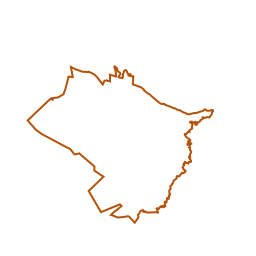 the district of Xilitla, San Luis Potosí, Mexico, rotated 319°
{"feature_id": "50627088B96326519449072", "entity_name": "Xilitla", "entity_type": "district", "adm_level": 2, "iso_a3": "MEX", "parent_name": "Mexico", "parent_adm1": "San Luis Potosí", "projection": "equal_earth", "projection_center": [-98.973, 21.391], "detail": "fine", "context": "isolated", "style": "outline", "palette": "amber", "viewbox_px": 256, "rotation_deg": 319, "n_neighbors": 0, "source": "geoboundaries", "source_scale": "gbopen_adm2", "svg_char_len": 5822}
<svg xmlns="http://www.w3.org/2000/svg" viewBox="0 0 256 256"><g transform="rotate(319 128 128)"><path d="M159.9,187.6L160.3,187.2L160.3,185.7L160.4,185.3L160.5,185.1L161.3,184.4L161.5,183.8L161.3,182.9L161.3,182.6L161.8,182.6L162.3,182.6L162.8,182.4L163.2,181.8L163.4,181.1L163.8,181.0L164.9,181.4L165.4,181.4L165.6,181.1L165.4,180.6L165.2,179.8L165.0,179.7L164.4,179.9L162.3,180.1L162.0,179.9L161.9,179.7L162.2,179.2L162.3,179.1L164.0,179.0L164.2,178.9L164.4,178.6L164.4,177.6L164.7,177.4L165.7,178.2L166.2,178.4L166.6,178.3L166.7,177.9L167.0,177.9L166.7,175.6L166.0,173.1L166.1,172.0L166.6,170.0L166.8,169.8L167.0,169.8L167.6,170.7L168.1,170.9L169.4,170.4L170.3,170.3L170.8,170.5L171.5,171.4L171.8,171.5L172.0,171.3L172.0,170.8L172.5,170.1L173.4,170.1L175.3,170.4L176.2,170.3L176.8,169.5L177.0,168.9L177.7,168.5L178.3,168.1L178.9,168.0L179.3,167.3L179.4,166.9L178.8,165.7L178.5,164.8L178.6,164.4L178.7,164.2L179.0,164.1L179.6,164.4L180.4,165.1L180.9,166.2L180.9,166.6L181.0,166.9L181.6,167.8L181.9,167.9L182.1,167.7L182.3,167.4L182.6,167.3L182.9,167.5L182.9,168.0L182.6,168.8L182.4,169.0L181.6,169.1L181.4,169.3L181.2,169.5L181.4,170.3L181.6,170.4L182.0,170.3L182.2,170.5L182.6,170.5L183.0,170.4L183.9,169.3L184.2,169.2L184.4,169.3L184.8,169.7L186.1,170.3L187.4,169.8L188.0,169.6L188.9,169.8L189.5,170.1L190.3,170.2L190.7,169.8L191.1,169.0L191.7,169.0L192.0,169.5L192.4,170.7L192.8,171.0L195.0,171.7L195.5,172.3L196.1,173.1L196.4,173.4L196.7,173.5L197.5,173.1L198.7,172.9L200.2,172.5L201.5,171.4L201.9,171.2L203.1,171.1L203.6,170.6L203.6,170.2L203.6,169.9L202.9,169.2L202.1,169.1L201.5,168.8L200.3,168.0L198.9,166.7L198.5,164.7L197.8,164.2L196.1,164.3L190.7,162.0L189.2,161.4L187.5,159.9L183.5,158.0L181.8,156.5L181.3,154.6L180.2,152.7L179.3,150.6L178.7,148.4L177.7,147.5L176.9,145.8L176.6,144.5L176.4,144.0L176.2,143.8L175.6,143.2L174.0,139.9L173.9,139.6L173.2,138.5L171.1,134.5L171.3,133.9L171.0,133.3L170.5,133.1L168.8,131.4L168.4,130.4L167.0,122.0L167.0,121.3L166.7,119.7L166.5,117.3L165.4,113.9L165.0,111.8L164.9,110.9L164.7,110.6L165.1,109.6L165.2,108.9L164.4,105.5L163.4,104.0L161.1,99.5L160.7,99.2L160.4,98.0L160.9,97.5L161.4,97.0L162.2,96.6L162.6,96.0L162.6,95.8L163.1,95.3L164.1,94.5L164.6,93.4L165.6,93.0L165.8,92.8L165.9,92.5L165.9,92.3L165.6,92.0L164.9,91.5L164.4,90.7L164.4,90.4L164.7,89.6L165.2,89.3L165.2,89.0L165.1,88.9L164.9,89.0L164.2,89.6L163.9,89.8L163.6,89.8L163.3,89.7L162.9,88.6L162.9,88.4L163.6,87.5L163.7,87.2L163.7,85.9L163.8,85.5L164.3,84.6L164.3,83.0L164.1,82.6L163.8,82.5L162.8,82.4L161.2,83.2L159.6,84.1L158.7,84.8L157.5,86.4L156.8,86.7L156.5,86.7L156.3,86.5L155.6,85.3L154.7,84.5L154.5,84.0L154.5,83.7L154.8,83.2L155.9,82.6L157.5,82.5L157.9,82.1L158.1,81.6L158.2,80.7L157.6,79.3L157.6,79.0L158.1,77.2L158.8,75.9L158.9,75.3L158.9,74.9L158.4,73.6L158.4,72.8L158.1,72.7L157.7,73.0L156.6,75.6L156.0,76.8L152.9,81.4L151.4,79.0L150.0,77.1L149.4,75.9L145.0,81.0L144.7,80.4L143.5,79.1L143.2,78.0L142.7,77.6L142.6,77.2L142.6,77.4L142.4,77.5L142.0,77.3L141.7,77.2L141.3,76.9L139.1,77.7L139.0,77.8L139.0,78.0L137.4,78.6L138.0,69.7L137.8,65.9L136.5,62.3L135.1,59.6L134.7,59.7L130.6,55.7L126.6,48.6L125.0,44.5L122.1,49.3L119.7,53.3L116.9,50.2L106.7,57.3L101.4,60.2L95.0,58.9L90.2,55.6L89.9,56.1L89.8,57.3L89.7,57.3L89.6,56.8L89.2,56.3L89.0,55.2L87.5,55.2L87.4,55.1L57.2,56.5L57.3,68.1L57.7,70.6L59.0,76.1L68.7,101.5L70.6,106.0L70.2,112.7L71.9,113.9L74.5,115.1L77.4,135.0L74.6,138.1L77.6,148.7L57.0,149.7L52.4,173.8L71.8,180.3L71.8,182.0L71.9,182.7L65.9,182.5L62.7,182.2L58.1,182.4L59.6,184.9L60.3,186.5L60.7,187.0L61.1,188.0L61.7,188.9L64.3,190.8L65.3,191.7L70.2,194.6L70.7,195.8L71.0,203.9L77.2,202.3L78.5,200.1L79.7,200.1L82.9,198.8L85.2,199.7L84.6,201.1L84.6,201.3L85.3,202.0L85.6,201.5L85.7,202.3L85.8,202.3L86.3,202.6L86.2,202.9L86.6,203.2L86.7,203.8L87.1,204.5L94.2,210.2L94.4,210.8L94.9,211.5L95.2,211.4L95.5,211.2L95.7,210.5L96.0,209.3L96.6,208.6L96.7,207.6L96.9,207.6L97.2,207.6L97.2,208.1L97.2,208.3L97.4,208.8L98.2,209.2L98.4,209.2L99.0,208.8L99.6,208.6L100.0,208.7L100.8,209.3L101.1,209.0L101.4,208.7L101.5,208.7L101.6,208.9L101.8,209.8L102.3,210.1L103.0,209.5L103.3,209.9L103.1,210.5L103.0,211.2L103.2,211.3L103.6,211.1L104.3,211.1L104.7,211.3L104.8,211.5L105.0,211.5L105.1,211.4L105.2,210.1L105.4,209.9L106.2,209.6L106.7,209.3L107.0,208.2L107.3,207.9L108.0,208.3L108.2,208.6L108.2,208.9L108.3,209.2L108.5,209.2L108.8,208.9L109.3,208.2L109.8,207.9L110.4,207.8L110.8,207.1L111.4,206.6L111.5,206.6L111.9,207.0L112.1,207.6L112.1,207.9L112.3,208.1L112.8,207.5L112.9,207.2L113.1,206.9L113.7,207.1L114.1,206.9L114.7,205.7L115.8,205.9L116.2,205.7L116.5,205.1L116.6,204.2L116.9,203.6L117.5,203.0L117.7,202.7L118.0,202.4L118.4,202.2L119.6,202.0L119.9,201.8L120.4,201.8L120.6,201.6L121.3,200.3L121.7,199.7L122.0,199.6L122.9,199.6L123.2,199.7L124.3,199.6L124.8,199.0L125.2,198.9L125.6,199.1L126.7,198.5L127.9,197.6L128.8,197.7L130.2,198.0L131.5,197.8L132.3,197.4L132.3,197.2L132.9,196.6L133.1,196.5L133.3,196.7L133.8,196.7L134.5,197.7L135.1,198.0L135.7,198.1L136.5,197.7L137.7,197.6L139.3,197.3L139.6,197.4L140.0,198.2L140.5,198.2L141.0,198.5L141.5,198.8L142.3,198.3L142.6,198.4L143.1,198.4L143.4,198.0L143.3,197.3L143.2,197.0L142.7,195.9L142.8,195.6L143.2,195.0L143.3,194.8L143.2,193.8L143.6,193.4L143.8,193.3L144.2,193.3L145.3,193.1L145.9,192.8L146.1,192.5L146.0,191.9L146.0,191.7L146.4,191.5L147.0,192.1L148.5,190.9L148.8,190.9L148.9,191.1L148.8,192.2L148.9,192.4L149.5,192.9L149.8,193.4L149.9,194.1L150.1,194.3L150.5,194.3L150.7,194.2L151.1,193.8L151.7,193.5L152.2,194.1L153.0,194.7L153.4,194.8L154.0,194.2L154.2,193.8L154.3,193.2L154.3,191.7L154.5,191.1L155.1,191.1L155.6,191.0L155.6,190.6L155.3,190.3L155.2,190.0L155.1,189.8L155.3,189.6L155.5,189.5L156.3,189.7L156.6,189.6L156.8,189.4L157.1,188.9L158.6,188.1L159.4,187.9L159.9,187.6Z" fill="none" stroke="#b45309" stroke-width="2"/></g></svg>